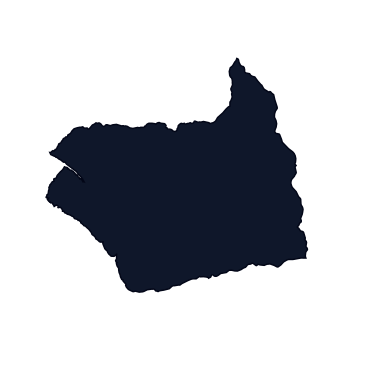 the district of Hato, Santander, Colombia, rotated 145°
{"feature_id": "7082276B99136019050465", "entity_name": "Hato", "entity_type": "district", "adm_level": 2, "iso_a3": "COL", "parent_name": "Colombia", "parent_adm1": "Santander", "projection": "orthographic", "projection_center": [-73.349, 6.562], "detail": "fine", "context": "isolated", "style": "filled", "palette": "ink", "viewbox_px": 384, "rotation_deg": 145, "n_neighbors": 0, "source": "geoboundaries", "source_scale": "gbopen_adm2", "svg_char_len": 6044}
<svg xmlns="http://www.w3.org/2000/svg" viewBox="0 0 384 384"><g transform="rotate(145 192 192)"><path d="M74.6,250.2L76.2,252.1L77.0,253.8L77.0,255.9L79.6,258.6L79.9,259.5L79.9,260.4L78.7,262.1L77.9,264.1L78.1,265.4L79.2,266.6L79.6,268.3L79.1,271.3L78.0,273.9L78.1,274.8L78.7,275.7L80.5,274.4L82.5,273.9L85.4,272.5L86.8,272.0L89.4,271.8L92.3,269.4L94.2,265.9L94.5,264.3L94.2,262.7L94.5,261.3L95.5,259.4L96.5,258.1L96.9,257.1L97.8,256.2L101.0,254.2L101.5,253.2L101.9,251.0L102.5,250.1L103.3,249.6L104.6,246.7L107.7,244.5L109.3,243.9L111.6,240.7L111.9,240.5L112.9,240.8L113.9,240.8L116.9,240.3L121.4,239.1L128.3,238.3L131.7,236.7L132.8,236.5L134.9,236.6L138.3,237.9L138.3,239.0L142.2,243.2L144.8,244.2L145.4,244.9L147.1,245.7L148.8,248.2L149.2,248.5L149.6,248.6L151.0,247.8L152.3,248.0L153.0,248.5L153.8,249.8L155.3,250.0L155.9,250.5L158.2,251.3L158.6,251.5L158.9,252.7L160.3,253.1L161.3,254.3L162.1,254.6L164.0,254.5L165.4,254.1L166.5,252.8L167.8,252.4L168.1,251.9L169.5,251.0L170.9,251.2L171.6,251.6L172.6,252.9L172.9,254.7L174.1,256.2L176.0,257.6L176.1,258.0L175.8,258.3L175.7,258.9L176.6,260.0L175.1,261.4L175.1,263.0L175.4,263.8L178.2,266.3L178.9,267.6L179.7,268.1L181.0,268.5L182.8,268.3L183.0,269.0L185.2,271.1L187.9,273.0L188.6,273.2L190.3,273.3L192.7,272.5L193.1,273.0L193.9,272.5L194.4,272.6L196.9,274.4L197.7,274.5L198.9,275.3L199.4,276.0L204.0,278.0L206.2,280.2L207.3,282.8L208.5,284.2L209.3,284.5L210.4,285.8L211.8,286.5L215.1,290.7L218.2,292.4L220.9,293.2L222.9,295.7L223.6,296.2L224.4,296.4L225.7,296.0L226.7,296.3L227.6,297.7L227.6,299.7L228.2,301.5L228.9,302.1L230.1,302.5L231.0,303.7L233.0,303.6L235.2,304.0L238.8,303.0L240.7,302.8L241.1,303.2L241.2,304.6L243.5,305.9L244.1,308.0L244.8,308.4L245.7,308.5L246.6,309.3L249.1,310.4L252.3,311.4L255.1,310.9L257.6,309.8L258.8,309.7L261.0,309.9L262.0,308.9L262.9,308.9L263.8,309.5L265.1,309.2L266.7,309.5L268.0,308.8L270.0,308.2L271.0,307.5L273.6,307.8L275.0,306.7L276.2,306.3L276.7,305.8L277.4,305.6L277.9,305.1L278.5,304.9L279.7,305.3L281.3,304.6L281.6,304.7L282.1,305.6L283.3,305.7L284.1,305.5L285.5,305.6L285.8,305.9L286.2,303.7L284.2,300.2L283.7,299.8L283.6,298.7L282.7,297.6L282.2,295.5L281.2,293.7L280.2,290.2L279.3,289.6L278.8,288.8L278.8,286.9L274.9,274.9L274.9,271.7L274.4,268.7L274.1,265.2L274.5,262.5L274.8,263.1L275.5,262.8L275.6,263.0L275.2,264.6L275.5,266.7L276.5,267.2L276.1,268.2L276.6,269.9L276.3,271.2L276.5,272.0L277.2,272.6L276.9,273.4L277.4,274.1L277.1,274.8L277.6,276.2L277.4,276.8L277.9,277.3L278.2,278.9L279.7,280.3L279.7,281.9L280.7,282.3L280.1,283.1L280.2,283.7L281.3,284.7L282.0,285.8L285.2,284.4L288.3,284.0L292.9,282.9L295.3,281.3L297.5,282.0L298.2,281.4L298.8,280.0L300.7,280.5L301.4,280.1L302.5,279.9L302.9,279.5L304.2,279.4L304.9,278.7L306.6,277.8L307.4,276.3L308.6,275.5L310.8,273.1L311.1,272.9L312.4,272.9L313.3,272.0L314.4,271.5L314.6,271.2L314.4,270.6L313.3,270.0L312.9,269.3L313.9,268.9L314.6,269.0L314.7,268.8L314.6,266.5L314.3,265.8L314.4,265.3L313.8,264.9L313.9,264.0L312.6,263.2L312.5,262.8L313.0,261.8L312.9,260.4L313.2,259.2L312.9,259.1L311.7,259.4L311.3,259.0L310.4,259.0L309.7,257.4L309.8,256.9L310.7,256.2L310.6,255.9L308.7,255.1L308.3,253.6L308.4,251.6L309.1,250.5L308.0,249.6L308.2,248.0L307.2,246.6L306.9,245.4L305.6,243.9L304.6,242.2L304.1,240.8L303.4,240.0L303.2,239.6L303.5,238.4L303.4,237.5L301.5,235.2L301.6,234.1L300.6,233.4L300.7,232.7L300.0,231.6L300.7,230.8L300.7,230.1L300.1,229.1L300.2,228.5L299.8,227.5L299.9,226.6L298.7,224.8L298.7,223.8L297.9,220.6L297.7,216.5L298.2,214.7L298.1,214.1L297.3,211.9L297.2,210.2L297.6,208.7L296.8,207.0L296.3,204.3L295.5,203.3L293.5,202.1L294.3,201.4L294.7,200.6L295.9,195.6L295.8,194.2L295.3,192.7L295.7,190.5L295.7,188.5L295.4,187.9L295.3,186.5L294.9,185.7L293.0,184.2L292.5,184.0L289.6,184.4L289.4,184.2L290.1,183.6L291.1,182.1L291.7,180.9L294.0,179.5L294.3,177.8L294.0,177.1L294.7,177.1L295.1,176.4L295.8,174.2L295.8,171.6L296.8,170.1L297.9,167.8L298.4,165.4L299.2,163.6L299.7,160.8L299.5,160.1L298.9,159.5L299.4,158.9L299.5,158.4L299.0,154.3L299.9,153.6L300.3,151.8L300.1,149.3L299.7,148.0L297.6,144.4L297.0,143.9L295.3,143.3L292.7,140.3L289.7,138.6L288.5,138.2L284.7,137.6L280.6,135.5L280.0,135.0L279.2,134.8L278.5,133.3L278.5,131.9L277.9,131.2L277.4,131.0L277.2,130.3L276.8,129.9L275.8,129.8L274.8,129.5L271.3,127.8L266.1,125.8L262.4,126.3L260.8,125.9L260.1,125.3L256.5,123.6L255.2,122.7L252.8,122.8L246.1,121.8L242.5,121.0L241.1,120.4L238.3,118.5L234.5,118.6L234.2,118.5L233.9,117.8L231.2,116.1L228.9,114.1L228.1,113.0L227.7,112.3L227.8,111.9L225.6,111.6L223.4,112.8L222.9,112.7L222.4,112.1L222.0,110.5L221.4,109.7L220.1,108.9L218.3,108.7L215.2,108.8L210.1,106.4L206.5,106.6L204.4,105.2L202.2,102.8L200.1,101.2L196.4,100.3L193.4,100.2L191.5,99.7L190.2,99.9L188.5,100.5L187.3,100.4L185.2,99.3L183.6,99.2L182.9,98.5L181.8,95.2L181.5,94.8L180.9,94.7L179.5,95.0L178.0,93.2L174.9,90.5L172.1,89.9L169.3,88.3L166.8,84.8L165.3,81.9L164.6,81.3L161.2,81.3L157.0,82.2L153.3,81.9L151.6,81.4L148.1,78.9L140.7,75.5L136.6,72.6L136.0,74.5L134.0,76.8L133.0,77.7L130.6,78.5L130.1,79.3L129.9,80.2L130.0,82.0L127.2,84.9L126.8,85.9L126.8,88.1L125.6,89.4L123.8,94.9L123.8,95.5L124.2,96.4L125.5,97.9L125.4,101.1L125.9,102.6L125.6,103.0L123.4,103.6L121.9,104.7L120.0,104.8L119.4,105.2L118.8,106.1L118.5,107.5L118.0,108.2L114.6,110.5L113.2,111.8L111.1,114.0L110.5,115.3L110.2,116.4L110.0,118.7L109.7,119.6L107.1,123.8L107.0,124.6L107.4,127.1L106.5,132.5L107.2,138.0L107.1,139.3L106.2,142.1L105.7,142.9L104.4,144.3L103.0,145.2L99.1,146.2L98.0,146.9L96.2,147.6L95.4,148.3L93.5,152.9L93.0,153.6L91.5,154.0L91.5,154.5L91.7,155.0L91.5,156.2L90.2,157.0L88.9,158.5L87.8,159.9L86.7,162.5L86.3,164.9L86.5,167.1L88.1,172.1L89.5,181.0L88.5,183.8L87.3,188.8L87.4,189.5L89.8,192.1L89.7,193.5L89.4,194.3L88.2,195.4L85.9,196.9L83.5,199.4L82.2,202.4L81.6,206.0L79.6,208.6L77.3,210.4L74.5,211.5L74.0,211.9L73.5,212.9L71.3,220.0L69.3,224.9L70.0,227.1L70.2,229.0L70.6,229.6L71.4,229.6L71.8,229.8L73.9,234.6L74.0,236.1L73.6,239.4L74.0,240.6L74.5,245.1L74.6,250.2Z" fill="#0f172a" stroke="#020617" stroke-width="1.5"/></g></svg>